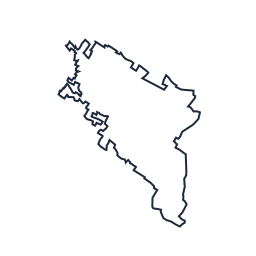 the district of Xocchel, Yucatán, Mexico, rotated 27°
{"feature_id": "50627088B37931435586909", "entity_name": "Xocchel", "entity_type": "district", "adm_level": 2, "iso_a3": "MEX", "parent_name": "Mexico", "parent_adm1": "Yucatán", "projection": "albers", "projection_center": [-89.147, 20.795], "detail": "fine", "context": "isolated", "style": "outline", "palette": "slate", "viewbox_px": 256, "rotation_deg": 27, "n_neighbors": 0, "source": "geoboundaries", "source_scale": "gbopen_adm2", "svg_char_len": 4760}
<svg xmlns="http://www.w3.org/2000/svg" viewBox="0 0 256 256"><g transform="rotate(27 128 128)"><path d="M183.9,96.5L185.0,93.9L186.6,87.9L185.1,81.7L185.0,81.4L184.6,81.4L181.9,81.9L181.5,82.0L178.9,83.5L176.4,82.1L174.3,81.3L173.2,81.2L171.8,81.6L172.6,78.0L173.9,71.3L173.9,70.3L173.5,69.1L171.1,68.7L170.8,68.1L169.5,65.0L168.3,65.4L165.0,66.7L163.0,67.6L159.4,69.0L157.6,69.6L152.0,69.6L151.9,68.0L149.1,67.8L145.7,66.9L141.4,64.7L138.0,63.7L138.1,69.6L138.6,71.2L138.8,73.1L140.7,73.0L143.6,72.9L142.8,77.5L118.2,77.2L119.9,73.7L121.0,69.6L119.6,68.9L118.7,68.8L111.3,67.3L109.5,67.2L109.5,70.5L109.2,73.3L107.4,73.2L103.1,72.7L103.4,67.7L101.7,67.3L99.9,67.0L98.2,67.3L97.3,67.4L95.8,67.5L95.1,67.5L94.1,67.5L93.4,67.2L92.5,66.9L91.5,66.4L90.1,65.9L89.5,65.5L88.2,64.5L87.3,64.1L87.0,66.0L84.4,66.3L82.9,66.1L83.3,65.0L83.5,64.7L82.7,64.4L73.3,63.4L73.1,64.0L73.0,64.6L70.0,64.4L69.9,65.3L70.1,66.1L70.5,66.9L60.4,65.9L60.2,65.9L59.8,65.9L60.6,67.3L60.3,69.2L60.1,69.8L60.0,72.4L59.6,74.2L59.1,75.6L61.1,75.8L61.0,76.5L61.0,77.6L61.0,78.3L61.4,78.3L61.5,78.7L61.2,83.7L59.9,83.5L59.4,83.3L55.1,81.4L54.3,81.3L54.9,78.9L55.4,76.0L55.8,73.1L56.0,70.9L53.0,69.6L51.1,69.3L49.9,68.8L49.5,70.1L49.1,71.8L48.6,74.0L48.7,76.5L48.7,76.8L48.5,79.1L47.7,81.0L45.9,80.6L44.1,79.1L44.1,80.6L40.7,78.9L40.0,78.6L38.1,78.2L36.9,77.5L36.7,80.3L36.5,81.3L36.0,82.7L34.5,82.5L40.9,85.5L41.1,83.0L45.6,83.4L45.7,83.5L45.8,84.5L47.8,84.9L47.4,87.0L48.5,89.2L49.3,92.1L51.1,91.8L52.1,91.2L52.6,90.7L52.6,90.8L52.5,92.2L52.3,93.1L52.2,95.7L55.6,95.4L55.1,96.4L54.7,98.4L55.3,100.3L55.5,100.4L58.4,100.0L56.9,101.8L56.4,104.2L58.3,104.4L58.3,104.6L58.0,105.6L58.1,108.0L57.2,107.7L56.8,107.9L56.3,111.1L52.3,110.3L52.3,113.1L54.6,114.1L58.8,114.1L60.1,114.1L60.1,112.5L60.0,110.9L62.2,111.0L62.6,110.8L64.7,110.9L64.8,110.9L65.1,111.9L65.1,113.1L65.0,113.4L65.5,114.9L66.8,116.2L67.6,117.0L69.4,117.4L71.0,118.4L71.0,118.8L71.1,119.3L71.1,119.9L71.3,121.1L69.6,121.0L69.3,120.3L65.2,119.9L64.9,121.2L63.8,121.6L62.3,121.3L59.7,119.4L55.6,117.1L53.6,116.2L53.0,119.6L53.5,119.7L52.8,122.1L52.1,121.9L52.0,123.2L51.7,125.5L50.5,125.4L50.4,126.6L50.9,126.9L50.8,129.4L51.5,129.6L52.6,130.0L53.4,130.0L55.0,130.4L57.9,130.6L58.6,126.1L59.4,126.2L60.7,127.5L65.4,125.3L66.1,125.8L66.7,126.1L67.1,126.6L67.8,127.5L70.2,127.2L71.1,126.9L71.5,125.1L71.6,124.7L71.6,124.3L73.5,125.1L74.8,125.8L76.7,126.5L77.4,125.7L78.1,123.7L82.0,124.1L81.9,125.9L81.3,128.5L81.5,129.1L82.0,129.5L84.4,129.6L84.3,131.1L84.1,131.3L84.1,134.8L83.6,137.0L84.2,137.4L86.9,138.6L87.7,138.5L88.0,138.5L88.8,138.6L89.1,138.4L89.7,138.2L90.4,138.1L91.4,138.0L92.7,138.0L93.8,138.0L94.6,140.8L97.6,140.9L97.7,139.2L97.6,137.6L99.2,137.7L100.2,137.4L101.9,137.5L102.4,135.7L102.6,133.9L100.2,133.6L96.4,133.7L93.7,134.1L91.1,134.4L90.2,134.2L90.2,132.3L89.7,130.7L90.9,130.4L91.3,130.4L92.2,130.4L93.9,130.7L93.6,128.1L93.4,127.8L95.4,127.7L96.9,128.3L98.9,128.2L101.6,128.1L103.5,127.0L104.9,126.8L104.9,132.0L105.4,134.7L108.9,135.7L108.6,138.6L107.6,140.5L107.5,141.0L107.5,141.7L107.3,142.0L106.8,141.9L104.7,141.8L104.2,142.5L103.6,143.9L103.5,145.1L103.5,146.1L105.7,146.3L106.6,146.4L107.5,146.4L108.4,146.5L109.1,146.7L109.1,147.1L109.1,147.8L108.9,148.8L108.5,150.2L108.5,151.4L108.4,152.2L108.4,152.7L108.6,153.0L108.8,155.7L112.0,156.9L112.3,157.0L113.7,157.1L114.6,157.3L117.4,157.6L118.7,157.4L117.8,154.8L117.5,154.3L117.0,153.4L117.4,150.1L117.0,148.4L116.9,147.8L117.0,147.1L119.2,147.6L124.1,148.7L124.5,152.0L125.1,152.1L126.0,152.3L126.6,152.8L129.7,154.7L130.6,156.2L130.7,157.0L132.7,157.7L135.7,158.2L136.6,158.2L139.0,157.6L139.6,157.6L141.7,159.7L141.8,158.9L142.0,158.1L142.7,157.0L142.8,156.4L143.2,156.5L143.4,156.8L145.1,157.3L145.4,157.9L145.8,158.4L146.6,158.3L147.7,158.4L150.0,158.8L151.0,158.9L151.6,158.9L152.8,159.1L152.5,161.3L152.2,162.6L152.2,163.1L165.3,164.2L165.5,164.8L165.5,165.5L173.3,166.6L177.7,168.1L178.5,169.8L182.2,170.0L181.5,179.0L185.1,186.5L185.6,187.1L186.2,187.8L186.4,187.9L188.1,187.9L189.7,187.2L191.8,186.5L193.5,186.2L194.5,185.8L195.2,187.8L200.3,192.1L201.5,192.3L204.3,192.6L206.9,192.0L209.2,191.8L213.2,192.2L216.2,192.3L218.9,192.2L219.9,189.2L221.5,186.6L220.8,185.0L220.4,184.8L217.2,184.9L214.7,183.9L213.4,183.5L214.8,178.7L214.9,171.7L214.9,171.4L214.8,169.3L211.7,167.4L209.7,167.1L209.4,165.9L208.6,164.5L208.3,163.6L207.1,162.1L206.6,159.8L205.3,154.7L201.1,147.7L201.3,145.7L201.3,143.7L201.1,143.4L200.8,142.4L198.7,138.4L191.3,125.1L190.2,125.1L184.4,124.1L180.4,123.9L179.3,124.0L179.1,120.2L178.4,120.2L175.9,119.2L174.9,119.0L175.2,114.8L176.7,114.9L177.7,114.8L178.2,113.1L178.2,112.9L178.3,112.7L178.3,112.3L178.3,111.2L178.1,107.9L178.1,107.6L178.1,106.6L183.9,96.5Z" fill="none" stroke="#1e293b" stroke-width="2"/></g></svg>